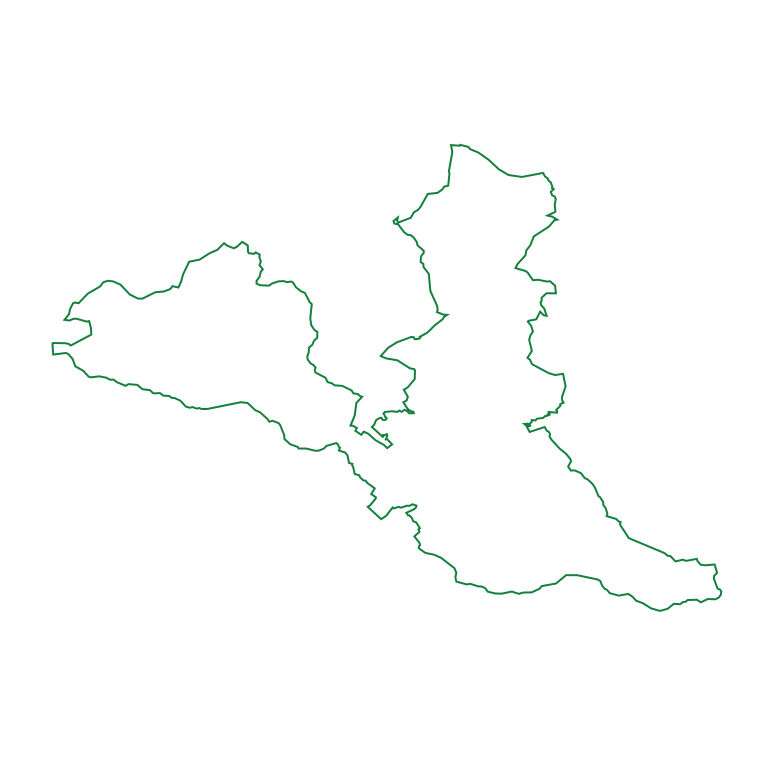 Cuzaplac, Salaj, Romania (Natural Earth projection), rotated 178°
{"feature_id": "2599482B68885954043244", "entity_name": "Cuzaplac", "entity_type": "district", "adm_level": 2, "iso_a3": "ROU", "parent_name": "Romania", "parent_adm1": "Salaj", "projection": "natural_earth1", "projection_center": [23.229, 46.944], "detail": "fine", "context": "isolated", "style": "outline", "palette": "green", "viewbox_px": 768, "rotation_deg": 178, "n_neighbors": 0, "source": "geoboundaries", "source_scale": "gbopen_adm2", "svg_char_len": 6130}
<svg xmlns="http://www.w3.org/2000/svg" viewBox="0 0 768 768"><g transform="rotate(178 384 384)"><path d="M299.6,620.4L300.1,619.5L308.7,620.4L307.6,613.4L311.8,594.0L311.2,592.2L312.9,580.0L317.1,579.1L318.8,576.5L323.9,573.1L333.6,572.4L341.4,559.6L343.8,556.9L348.2,554.5L351.4,549.2L364.3,544.8L365.1,546.4L364.4,549.9L368.8,546.5L368.1,544.0L364.3,543.0L358.5,534.9L355.2,532.3L351.9,531.7L349.3,529.5L346.3,524.8L345.7,521.5L339.6,515.7L339.8,513.6L342.6,510.1L343.1,504.6L340.5,502.7L340.4,499.5L335.4,492.6L334.4,475.3L328.2,460.3L327.8,456.6L328.5,454.0L322.4,451.3L318.5,450.9L321.7,448.9L323.2,446.6L331.3,440.8L338.9,433.8L346.6,429.9L346.1,429.1L347.2,428.1L350.9,427.6L352.1,428.1L352.5,429.6L355.0,430.1L369.7,425.2L378.5,420.1L386.3,412.0L380.9,409.5L369.8,407.2L357.4,398.7L353.2,397.8L352.6,396.4L353.1,387.9L360.4,379.8L364.4,377.5L360.6,370.4L362.0,366.7L365.3,365.1L361.2,358.1L359.8,357.3L360.4,356.6L355.6,355.2L355.3,353.8L359.8,353.8L362.2,356.4L364.5,357.5L367.2,355.6L369.6,356.9L371.4,355.7L377.5,356.5L384.3,355.9L385.6,354.4L384.6,353.3L384.2,351.3L382.5,349.9L382.9,348.7L384.8,347.9L386.6,348.3L387.9,350.4L390.4,349.8L393.2,348.1L395.3,343.5L397.6,341.5L387.1,331.2L386.3,332.0L387.1,332.6L386.6,333.2L385.4,332.8L382.9,333.8L382.5,332.1L384.1,328.6L382.6,328.5L378.0,323.4L383.1,319.8L386.3,323.2L394.3,328.0L401.6,334.9L405.9,337.1L408.5,334.0L414.2,338.2L412.7,341.0L416.4,343.3L418.9,343.6L414.3,353.7L412.3,366.0L406.3,372.0L408.6,372.9L410.4,374.8L415.0,375.8L416.6,378.7L425.8,383.6L433.5,384.4L436.1,386.5L440.3,387.9L442.4,392.4L452.0,397.8L452.8,400.1L451.7,402.7L454.1,405.6L456.7,407.2L459.4,411.2L459.8,414.1L458.1,418.3L457.7,423.0L454.4,425.5L452.3,429.9L449.1,432.4L448.8,438.6L451.4,440.1L454.7,445.4L455.4,452.2L453.4,466.3L455.4,468.4L459.9,477.8L463.6,479.5L468.7,483.8L471.3,488.5L473.3,489.7L477.3,489.1L480.4,490.3L485.8,490.3L492.2,488.4L495.6,486.3L504.7,487.1L507.9,488.8L507.7,491.6L504.7,495.3L503.2,500.5L501.1,502.8L504.3,507.2L502.8,510.7L504.1,514.8L503.7,517.7L507.7,520.0L509.3,518.6L514.5,519.4L515.3,520.9L515.3,527.2L520.8,531.0L526.1,526.3L529.4,524.9L535.8,527.7L539.0,530.3L546.0,523.8L553.9,520.7L564.0,514.7L574.5,513.0L580.9,500.7L583.3,493.2L586.1,487.6L592.0,489.2L593.9,486.7L596.0,485.7L601.1,484.1L609.3,483.7L622.6,477.7L627.0,478.0L634.9,482.3L643.9,492.5L651.1,496.0L656.6,496.8L661.1,495.4L664.3,491.4L676.8,484.7L686.4,475.4L690.4,476.2L692.0,475.5L695.1,469.8L696.4,464.7L701.1,459.3L696.3,458.4L692.0,460.0L689.1,460.0L678.9,456.7L676.5,457.2L674.9,450.1L674.8,443.6L695.7,433.4L697.6,435.0L701.3,435.9L713.4,436.5L713.9,435.9L713.6,425.0L700.7,426.1L698.2,424.7L694.4,420.0L691.9,412.5L684.2,407.8L678.9,401.6L676.3,400.9L668.2,401.6L661.3,400.0L657.6,397.8L654.3,397.9L650.8,395.1L642.3,391.2L639.3,392.8L630.6,391.7L625.5,387.2L618.1,386.0L614.9,382.7L608.2,382.7L605.0,380.1L599.1,379.5L596.6,377.5L594.0,377.4L588.2,374.5L582.8,368.3L579.1,367.1L576.0,367.6L572.2,366.0L569.5,366.4L567.0,365.4L561.5,365.2L527.8,370.8L521.0,369.8L513.4,362.2L508.8,360.0L501.7,353.1L499.9,350.3L496.7,351.1L490.9,348.7L489.3,346.8L485.6,336.7L485.4,332.5L479.9,327.1L472.4,324.1L471.6,322.5L464.0,322.2L455.0,319.7L451.5,319.7L446.3,321.6L443.8,324.1L433.8,326.6L432.1,325.2L431.5,323.2L430.2,321.8L431.4,319.1L425.2,316.9L423.0,314.0L421.7,306.3L418.3,305.2L418.6,303.5L417.7,302.1L416.4,295.1L411.8,293.6L411.4,291.8L408.0,288.4L405.6,288.0L404.2,285.7L396.9,280.0L400.6,274.5L396.0,271.0L396.4,269.7L401.9,263.4L404.5,261.8L391.5,249.0L386.2,252.4L379.7,260.3L378.7,259.3L373.8,260.7L371.4,259.8L365.0,261.6L362.6,261.3L359.8,262.8L355.8,261.3L356.4,259.4L358.1,257.9L366.2,254.5L364.4,251.8L363.3,251.8L361.1,249.6L359.5,245.8L356.7,244.6L353.1,238.6L354.7,237.4L353.7,235.0L359.0,230.6L354.1,224.1L353.6,221.7L354.8,220.6L354.8,218.5L348.7,213.8L340.0,211.7L333.0,208.3L320.0,197.4L318.3,192.9L319.4,188.2L318.6,184.0L308.3,180.8L304.7,181.3L297.0,178.5L293.0,178.1L289.6,176.1L287.7,172.9L279.9,170.7L273.5,170.4L263.5,172.1L256.7,169.6L252.1,170.7L243.7,170.6L235.4,174.1L233.5,176.5L219.0,178.6L208.7,186.6L197.6,186.2L177.1,181.1L174.6,179.4L173.0,174.8L170.5,171.6L168.3,170.5L165.7,167.1L156.7,164.3L147.1,165.7L142.8,162.5L139.7,158.7L132.8,155.8L124.8,150.4L116.2,147.6L108.5,149.4L102.0,154.2L95.9,153.6L92.7,155.7L90.0,155.9L88.1,157.5L78.9,157.5L74.9,154.8L67.9,157.8L60.1,157.3L56.7,159.1L54.8,161.5L54.1,164.8L55.5,166.9L57.8,168.0L61.1,177.8L60.9,180.5L57.7,183.6L59.9,192.1L68.6,191.6L73.7,192.3L76.8,195.9L77.5,198.3L88.2,196.7L91.5,198.0L98.9,196.5L103.6,201.9L106.5,202.5L109.6,205.2L144.7,221.4L153.1,235.3L152.4,237.8L154.4,238.5L156.6,241.0L166.1,244.2L165.3,246.8L166.9,252.4L169.0,255.2L169.1,258.4L172.1,263.5L173.6,264.5L176.8,273.1L179.4,277.2L183.9,281.6L186.6,282.9L190.3,288.0L196.4,291.0L200.4,291.0L202.8,295.1L199.7,300.4L200.6,302.8L204.5,307.9L210.6,313.2L218.4,322.3L220.4,325.6L219.8,328.0L220.5,329.9L223.2,332.0L224.9,335.4L240.1,331.0L243.4,337.6L245.2,339.2L241.9,339.3L241.3,338.7L241.7,336.9L239.8,336.7L239.3,337.2L240.2,339.0L237.7,340.9L237.6,342.8L233.9,342.3L232.5,343.9L225.9,344.6L224.5,346.2L222.4,346.3L221.8,347.6L220.1,347.0L219.4,348.0L220.6,348.8L220.5,350.3L212.1,349.3L211.8,350.4L212.8,352.1L208.5,356.0L208.6,357.7L205.2,359.1L206.6,361.6L206.5,365.0L202.6,375.2L204.7,387.9L212.8,387.0L219.2,389.2L235.3,398.6L237.3,403.2L239.7,405.1L235.1,411.9L237.4,423.2L235.9,427.6L233.3,431.3L234.9,437.0L238.1,441.3L237.4,442.1L229.6,443.3L225.4,450.8L221.8,447.0L219.1,446.5L221.2,453.8L224.2,457.3L224.7,460.1L223.6,461.5L223.4,464.8L218.4,469.0L209.0,468.6L209.6,476.3L214.4,480.9L217.5,480.7L226.4,482.8L231.5,482.5L236.5,490.3L238.7,492.0L248.6,495.3L246.3,499.3L238.2,507.6L237.1,512.5L232.9,517.6L229.2,526.2L213.6,535.6L207.9,541.8L205.2,542.2L209.9,545.3L214.7,546.6L206.7,550.1L207.1,557.6L205.9,562.7L206.6,565.1L209.6,567.1L210.6,570.2L207.6,572.8L209.3,573.9L208.8,574.7L210.1,579.3L212.6,581.8L213.2,583.7L216.0,586.0L217.7,589.4L238.9,586.1L252.2,588.5L261.5,594.4L271.7,604.5L281.6,612.0L289.9,615.8L291.2,617.9L299.6,620.4Z" fill="none" stroke="#15803d" stroke-width="2"/></g></svg>